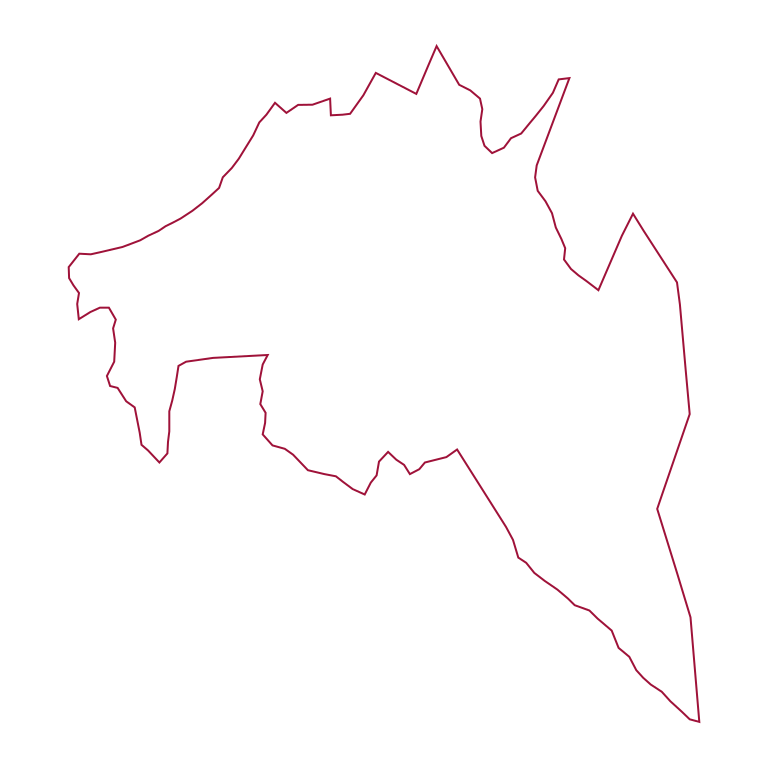 Ribeirão, Pernambuco, Brazil
{"feature_id": "56859067B42431368650205", "entity_name": "Ribeirão", "entity_type": "district", "adm_level": 2, "iso_a3": "BRA", "parent_name": "Brazil", "parent_adm1": "Pernambuco", "projection": "natural_earth1", "projection_center": [-35.39, -8.52], "detail": "fine", "context": "isolated", "style": "outline", "palette": "rose", "viewbox_px": 768, "rotation_deg": 0, "n_neighbors": 0, "source": "geoboundaries", "source_scale": "gbopen_adm2", "svg_char_len": 2012}
<svg xmlns="http://www.w3.org/2000/svg" viewBox="0 0 768 768"><path d="M159.4,462.5L167.4,453.4L168.0,441.9L169.3,431.4L169.3,411.3L172.2,400.7L174.8,389.0L176.7,377.5L178.5,365.9L186.1,361.7L213.0,357.9L267.7,355.0L262.7,364.5L259.8,379.3L262.7,391.3L260.3,404.1L265.6,412.8L265.1,422.9L262.7,434.4L272.5,445.4L284.8,448.8L293.1,454.7L307.9,470.2L324.4,474.1L335.9,476.3L342.8,481.7L352.7,489.1L364.7,494.5L370.8,482.6L376.6,475.4L379.0,461.6L388.1,451.9L396.3,459.7L404.1,464.9L409.9,474.1L419.3,469.2L424.9,462.5L446.4,457.1L457.1,449.5L506.0,526.9L513.0,539.9L518.3,557.6L526.2,562.8L534.3,572.9L544.7,580.9L557.4,589.6L567.9,598.5L574.7,605.2L589.4,610.5L597.6,618.6L611.7,630.6L618.6,647.9L629.3,656.8L636.3,670.2L643.2,677.8L650.7,684.5L661.8,691.8L670.4,701.3L681.8,711.7L689.7,719.3L699.3,721.9L690.5,617.3L677.3,573.8L657.2,508.9L662.1,494.5L689.7,414.1L685.7,370.2L679.9,304.4L677.0,282.4L643.7,230.9L633.0,213.7L621.9,235.7L598.4,290.2L586.5,281.1L578.4,275.3L571.0,269.0L564.0,259.5L565.2,248.2L561.4,239.0L555.8,227.5L552.0,213.2L545.5,201.3L537.7,190.8L535.1,177.4L536.7,165.4L569.4,78.1L558.7,79.4L552.9,92.8L543.8,105.8L535.9,115.7L529.9,122.9L521.2,133.5L511.0,138.2L503.9,147.7L492.1,153.1L484.5,145.8L481.3,136.0L480.5,121.6L482.3,109.2L480.0,98.6L470.3,90.4L459.2,84.8L436.6,46.1L428.0,66.2L416.3,93.9L375.8,72.9L363.4,95.2L350.1,113.8L342.5,114.7L330.9,115.3L330.1,98.6L312.5,104.7L298.1,104.9L286.4,112.9L275.0,102.8L266.4,114.7L259.3,122.4L253.2,135.4L244.9,148.8L238.8,158.7L231.8,168.0L222.8,177.3L219.1,187.9L212.9,193.6L202.3,203.1L192.4,210.8L180.5,218.6L172.7,222.7L165.6,226.2L158.6,230.9L148.3,235.7L140.2,240.3L130.7,243.9L122.4,247.0L99.8,252.3L90.8,254.3L79.3,253.7L68.7,267.1L69.1,278.1L73.5,285.4L79.0,293.0L77.2,304.0L78.8,319.2L90.4,312.0L99.8,307.7L108.9,307.7L115.8,319.6L113.1,328.4L115.2,342.7L114.2,361.7L106.9,376.0L110.1,386.0L117.6,387.9L126.2,401.3L134.7,407.4L139.7,432.7L141.5,444.8L148.0,450.4L159.4,462.5Z" fill="none" stroke="#9f1239" stroke-width="2"/></svg>